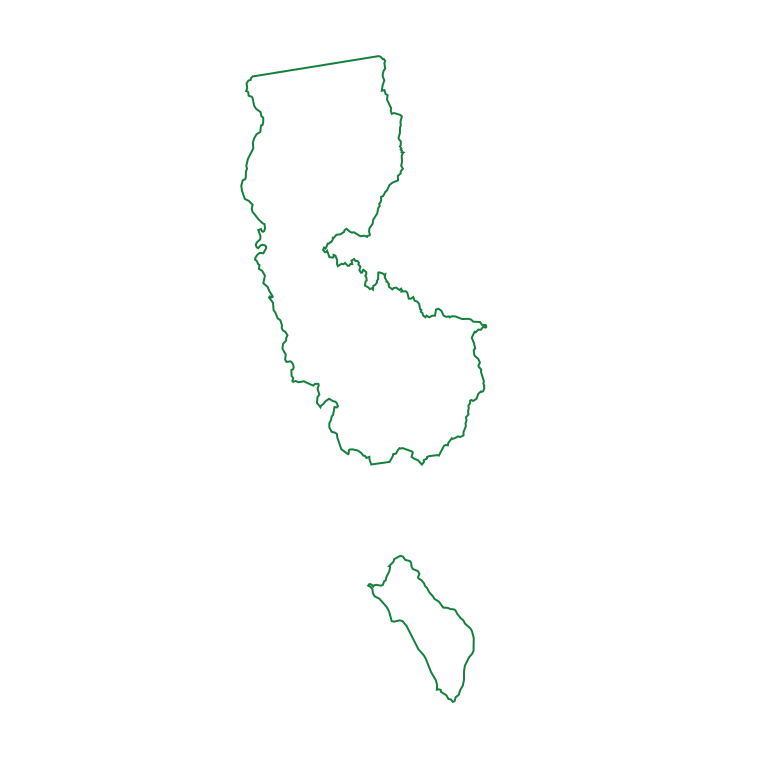 Senador José Porfírio, Pará, Brazil (Natural Earth projection), rotated 171°
{"feature_id": "56859067B45704380101234", "entity_name": "Senador José Porfírio", "entity_type": "district", "adm_level": 2, "iso_a3": "BRA", "parent_name": "Brazil", "parent_adm1": "Pará", "projection": "natural_earth1", "projection_center": [-51.783, -3.822], "detail": "fine", "context": "isolated", "style": "outline", "palette": "green", "viewbox_px": 768, "rotation_deg": 171, "n_neighbors": 0, "source": "geoboundaries", "source_scale": "gbopen_adm2", "svg_char_len": 6136}
<svg xmlns="http://www.w3.org/2000/svg" viewBox="0 0 768 768"><g transform="rotate(171 384 384)"><path d="M338.1,708.7L465.7,708.3L467.7,706.7L468.0,705.3L470.6,704.8L472.7,702.4L472.8,697.8L474.3,694.9L473.0,694.3L472.4,693.2L472.6,689.9L469.7,688.4L469.1,687.0L468.7,679.1L467.2,675.7L463.4,671.9L463.2,667.7L461.6,665.9L462.3,661.7L463.4,658.9L465.0,658.6L466.8,652.3L470.8,650.6L473.8,647.0L475.8,642.9L476.2,637.2L483.2,627.6L485.9,621.0L485.6,618.1L487.1,615.5L488.2,609.7L489.0,608.1L491.7,607.2L494.0,602.0L494.0,596.8L492.5,588.6L488.8,585.9L485.7,581.6L487.2,578.1L486.9,574.5L482.1,566.2L478.7,561.6L477.0,560.6L477.2,556.1L478.4,553.8L479.6,553.3L480.6,553.9L481.3,556.3L484.1,555.7L482.9,549.7L483.3,547.2L483.8,546.1L487.6,543.7L488.9,541.4L488.3,538.9L487.0,537.8L484.2,540.2L481.8,540.5L479.9,539.5L478.9,538.0L479.3,536.4L482.7,532.0L486.3,532.9L488.9,531.4L491.2,529.0L491.9,527.1L490.3,525.2L489.6,522.3L488.4,520.9L489.5,517.3L486.6,514.8L484.7,509.6L487.4,502.4L483.7,498.0L482.9,494.2L480.3,488.1L480.4,487.3L481.5,487.1L483.0,488.4L484.0,487.4L480.9,481.6L481.5,474.3L480.1,471.4L478.6,465.3L476.4,463.2L475.6,457.9L476.3,455.3L475.4,452.6L473.3,451.0L471.7,447.2L473.4,444.7L473.9,442.2L477.5,439.4L478.8,434.7L476.4,428.3L477.8,423.8L476.9,421.1L472.8,421.0L471.5,419.6L470.6,417.0L470.7,414.3L471.5,412.8L473.1,412.5L473.4,411.8L474.0,406.4L472.7,404.0L474.1,401.3L473.4,400.3L470.8,400.8L468.3,399.1L462.8,399.2L454.2,393.5L452.1,394.9L448.8,394.4L448.7,392.8L450.4,389.6L449.5,383.6L451.7,381.5L453.2,375.9L450.4,371.0L449.8,372.3L447.2,373.6L444.4,376.2L440.5,378.0L437.0,375.0L434.9,374.2L433.7,372.7L433.0,369.2L434.2,368.2L436.5,369.0L439.1,361.5L440.8,360.1L442.1,356.6L444.2,353.7L444.8,349.6L443.2,345.0L440.0,343.6L438.3,342.0L438.5,338.6L436.4,326.3L430.5,320.3L429.9,320.6L429.0,324.2L428.1,324.6L425.8,324.5L420.5,322.5L417.3,319.6L415.8,316.7L413.7,315.6L412.9,313.7L409.9,314.3L410.1,311.5L409.2,306.5L390.6,306.2L386.5,311.5L385.9,313.3L382.9,313.4L380.8,316.5L378.6,318.2L377.2,317.5L375.7,317.8L366.6,312.8L366.3,311.8L368.2,307.7L365.4,305.1L362.5,303.6L359.2,298.5L356.8,300.6L356.6,302.6L353.3,303.6L352.9,305.1L350.5,305.7L342.3,305.4L341.0,304.7L334.4,313.6L332.6,314.1L330.6,313.4L329.7,315.8L325.5,319.8L325.0,319.1L322.3,319.5L319.1,320.7L317.0,319.7L313.5,320.8L313.0,324.1L309.7,329.6L309.7,332.3L308.2,335.1L308.2,338.4L305.3,340.7L305.2,344.0L304.0,347.1L304.1,349.3L301.9,351.7L301.5,354.1L300.1,354.5L298.6,353.3L294.8,355.0L292.5,359.5L289.3,361.5L288.8,360.9L287.1,361.4L285.5,364.1L285.7,365.7L285.2,366.6L285.8,368.8L284.9,371.2L286.3,380.6L285.8,383.1L287.8,386.2L287.8,387.4L285.9,390.2L287.1,394.4L289.8,397.2L290.3,398.9L290.1,403.4L288.4,404.8L288.8,410.6L290.1,415.9L286.4,421.4L285.4,420.7L282.4,423.0L279.9,422.4L277.0,425.0L274.9,423.8L274.2,424.1L274.0,425.1L274.4,426.3L277.9,427.1L279.5,430.2L286.1,431.6L287.9,434.0L290.5,435.2L296.6,435.9L302.9,439.6L306.7,440.3L308.6,439.5L309.3,440.6L312.0,440.6L314.4,442.2L315.9,447.3L318.4,449.8L321.0,449.4L323.0,443.5L325.6,443.9L329.0,442.8L331.3,444.9L332.7,443.4L334.7,445.6L334.9,448.1L336.4,449.6L335.5,451.3L336.6,452.3L336.8,457.8L338.3,460.2L340.7,461.5L341.5,465.3L344.0,464.1L346.2,464.4L346.7,470.7L348.1,472.2L352.4,472.6L351.6,474.0L352.2,475.5L354.0,474.4L356.9,477.3L359.4,477.3L360.9,476.1L363.9,479.3L364.0,481.0L363.4,481.6L364.4,484.0L365.6,484.8L365.3,485.7L366.6,489.2L365.6,492.2L366.7,491.8L368.2,493.6L371.5,495.1L372.2,494.8L373.4,488.5L374.9,486.9L375.1,485.3L377.2,483.3L379.1,482.7L380.2,479.1L381.1,480.5L383.2,480.0L384.3,481.8L387.5,484.3L386.1,488.2L384.9,488.9L384.8,491.9L385.5,493.9L384.4,495.0L384.0,497.2L386.4,500.0L387.1,499.8L388.1,497.5L389.4,497.6L390.5,500.4L389.0,503.4L390.6,506.1L389.8,507.7L390.8,509.5L393.1,510.1L394.0,512.2L396.8,510.9L396.6,507.4L398.5,507.7L400.1,506.2L401.4,506.5L403.5,509.7L405.4,508.6L407.2,509.4L411.2,507.6L411.6,509.9L410.9,513.8L411.9,518.3L413.6,519.4L414.0,517.3L414.7,516.8L418.1,517.9L419.3,524.5L420.9,523.2L421.7,523.5L423.2,526.0L421.8,528.1L420.8,526.9L420.1,527.3L417.6,531.5L416.6,531.2L415.0,532.4L413.9,532.4L411.8,535.0L411.7,536.5L410.4,536.4L407.7,538.8L403.4,538.7L399.6,540.6L399.0,542.0L396.8,543.2L393.7,539.7L392.0,538.5L390.0,538.6L384.2,533.6L380.5,533.6L377.6,532.1L377.3,532.9L375.2,533.0L374.6,533.5L374.9,537.0L374.0,540.1L370.2,544.0L369.0,547.9L364.0,553.5L362.3,558.5L360.3,560.6L360.6,562.7L359.2,563.8L358.0,566.1L357.6,569.3L355.4,569.8L352.7,573.5L350.8,574.7L347.5,579.6L344.3,581.5L338.3,582.9L337.8,587.4L334.6,589.3L334.3,591.3L331.7,593.6L332.9,597.0L331.4,600.5L330.9,606.2L330.0,608.3L328.5,609.5L330.4,610.3L329.8,611.8L330.9,612.8L330.0,613.9L331.1,616.1L330.2,617.1L329.4,620.9L331.0,623.4L331.1,625.1L329.0,629.4L328.1,634.7L327.0,636.6L326.7,640.5L324.5,645.5L325.7,647.1L331.5,650.0L334.1,649.7L334.6,653.0L333.8,655.2L336.5,664.4L335.3,668.8L337.0,670.1L337.6,674.2L340.3,674.0L338.6,679.3L336.2,683.8L337.1,687.6L336.9,689.6L335.6,693.1L333.5,695.3L333.4,701.0L332.3,703.0L333.4,705.1L334.2,704.9L336.2,707.8L338.1,708.7ZM402.8,146.9L399.6,141.6L391.5,116.6L387.0,109.5L385.8,106.4L382.6,92.2L379.1,83.2L378.6,78.5L379.6,73.8L377.8,73.9L375.8,73.0L375.9,71.1L371.1,66.8L369.5,62.7L367.3,62.0L365.8,59.3L364.0,59.6L362.2,63.4L358.7,65.4L356.5,69.9L353.3,73.9L351.2,79.5L350.0,87.2L348.3,92.9L342.7,100.8L339.1,103.8L337.3,106.5L335.1,119.1L335.8,126.1L336.8,128.9L341.5,134.7L342.6,138.1L345.1,141.0L347.7,145.7L348.8,149.2L350.3,150.5L353.6,151.3L356.2,153.0L360.5,153.9L363.7,160.3L368.0,164.1L368.7,166.3L371.8,171.1L373.5,176.0L375.1,178.1L375.6,180.8L377.6,184.2L380.3,186.5L380.6,187.9L378.7,191.1L379.8,193.9L384.5,196.8L385.4,199.6L385.2,203.1L386.2,205.1L390.6,207.0L392.3,210.6L394.9,211.7L401.3,209.4L402.5,206.9L407.6,203.2L406.7,202.7L406.8,201.6L408.2,197.9L411.6,193.3L413.2,189.6L414.7,189.2L416.5,185.8L418.6,185.3L423.2,186.9L425.4,186.7L426.3,185.7L427.7,187.9L429.7,188.7L431.2,187.3L429.1,185.8L427.5,183.3L427.7,179.1L426.5,175.8L422.2,172.7L416.2,163.3L414.6,158.7L413.5,148.6L411.1,147.7L405.4,148.1L402.8,146.9Z" fill="none" stroke="#15803d" stroke-width="2"/></g></svg>